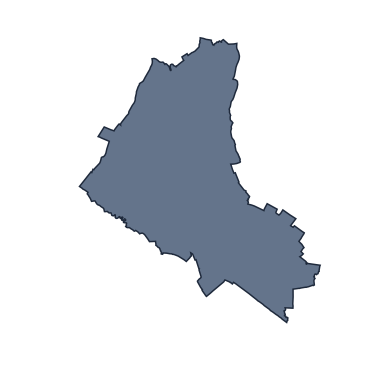 Arinis, Maramures, Romania, rotated 77°
{"feature_id": "2599482B66299087407195", "entity_name": "Arinis", "entity_type": "district", "adm_level": 2, "iso_a3": "ROU", "parent_name": "Romania", "parent_adm1": "Maramures", "projection": "mercator", "projection_center": [23.212, 47.499], "detail": "fine", "context": "isolated", "style": "filled", "palette": "slate", "viewbox_px": 384, "rotation_deg": 77, "n_neighbors": 0, "source": "geoboundaries", "source_scale": "gbopen_adm2", "svg_char_len": 5985}
<svg xmlns="http://www.w3.org/2000/svg" viewBox="0 0 384 384"><g transform="rotate(77 192 192)"><path d="M325.2,142.2L327.0,140.4L330.3,137.6L331.7,136.2L333.3,135.0L335.0,133.4L336.1,132.8L340.4,129.1L339.3,128.5L338.9,128.3L338.7,127.7L338.4,127.5L337.3,127.4L336.6,127.0L336.2,126.9L335.7,127.2L335.5,128.4L335.4,128.6L335.0,128.7L334.5,128.5L334.0,128.7L333.5,129.7L332.9,129.6L332.6,128.9L332.3,128.7L331.8,128.7L331.0,129.1L330.2,128.9L328.6,129.1L328.4,128.7L328.5,128.1L327.7,127.3L326.9,127.2L325.8,127.3L327.9,119.8L325.8,119.2L323.8,119.0L317.0,117.1L309.4,115.4L309.9,109.8L310.1,108.8L310.0,107.8L310.3,102.8L310.5,102.4L310.5,99.7L310.0,95.3L310.4,95.0L310.4,94.5L310.1,93.7L305.8,93.2L304.5,92.4L304.3,92.2L304.1,91.7L303.9,91.6L303.4,92.0L302.5,91.9L302.3,92.3L302.0,92.4L301.4,91.6L300.9,91.6L299.8,90.9L299.7,90.6L299.7,90.2L300.5,89.2L300.1,88.8L300.0,87.9L299.9,87.6L298.1,86.6L298.0,86.0L297.0,85.8L293.1,84.2L292.2,83.6L287.8,95.0L286.8,96.0L287.8,96.3L288.0,96.4L288.0,96.8L287.0,96.9L285.9,96.4L285.1,96.8L279.3,101.5L278.6,99.6L277.3,97.5L274.6,99.2L272.4,97.0L271.4,95.4L267.6,96.8L265.6,98.1L264.1,98.9L261.8,96.2L260.4,95.0L257.8,92.3L257.0,91.8L255.3,93.5L248.0,99.8L249.1,101.4L247.0,103.5L241.4,96.8L236.4,101.7L229.9,107.5L232.5,110.1L233.7,111.8L234.0,112.5L231.9,114.5L231.1,114.9L230.6,114.8L227.9,112.9L220.3,121.4L224.9,125.4L226.3,126.1L219.6,134.5L218.2,136.7L216.3,140.3L214.6,139.3L212.6,140.0L212.4,139.6L212.3,138.8L211.5,139.0L211.2,138.8L210.9,138.5L210.5,137.7L209.2,136.9L208.2,137.6L206.3,138.4L204.2,139.6L203.2,139.1L201.7,140.9L193.5,144.7L192.9,144.0L185.2,145.2L183.0,145.5L183.1,146.9L179.3,147.5L173.6,148.0L174.1,145.3L174.3,142.0L173.9,138.7L173.5,138.1L172.1,138.2L170.9,137.7L169.6,137.9L169.0,138.2L168.3,138.1L167.4,138.4L165.6,138.6L161.7,139.9L156.3,139.7L155.7,139.1L155.4,139.1L154.1,139.4L151.7,139.4L150.8,139.7L148.5,140.8L147.2,141.0L142.7,140.8L141.3,140.5L139.1,139.3L137.2,139.2L134.3,137.2L133.9,136.6L131.8,137.5L131.2,138.2L130.1,138.4L128.1,138.1L126.6,137.6L126.1,137.1L123.0,137.6L121.0,137.1L120.1,137.2L118.9,136.7L117.5,135.5L113.0,133.6L111.8,132.4L111.1,131.4L110.2,130.9L109.6,130.3L105.0,127.6L101.0,124.8L97.6,123.3L94.7,122.9L93.7,123.2L92.1,124.7L91.5,126.6L91.3,126.7L90.4,126.1L88.7,124.7L83.1,122.2L80.6,121.2L77.8,119.5L75.9,118.0L73.3,116.3L71.5,115.6L70.2,115.2L66.9,115.2L65.1,115.4L63.0,116.0L61.8,116.0L60.3,115.8L57.3,114.9L57.2,117.7L56.2,123.2L50.6,127.2L50.8,127.9L51.8,129.7L52.5,129.7L52.3,130.1L51.2,131.0L51.0,131.4L51.4,131.9L51.6,132.5L52.0,132.7L51.4,133.8L51.6,134.3L52.2,134.8L52.6,136.4L53.1,136.8L53.1,137.6L53.6,137.6L53.8,137.7L53.7,137.8L53.2,138.3L53.2,138.6L52.9,138.7L50.9,138.8L50.7,139.1L50.4,139.2L48.8,139.2L48.5,139.0L48.3,139.2L46.4,144.0L45.0,146.2L43.6,149.3L45.2,149.7L46.8,150.5L48.1,150.6L49.9,151.8L52.0,152.4L52.4,152.7L55.4,157.4L56.1,159.7L56.1,160.5L57.0,162.7L58.1,165.1L56.1,165.7L58.1,171.4L60.2,171.0L61.9,170.4L64.7,176.4L65.7,178.1L65.6,178.6L66.4,179.4L65.6,180.1L64.9,181.3L63.3,182.0L62.9,183.0L63.2,184.2L63.7,184.7L65.5,185.2L68.3,185.0L68.8,185.2L68.8,185.5L68.3,185.8L65.3,186.0L64.0,186.5L61.6,188.0L61.3,188.3L61.1,188.9L61.2,189.5L61.4,189.7L60.7,190.1L59.6,190.5L58.9,191.1L58.6,193.2L57.6,194.7L56.2,195.6L54.4,197.1L53.3,198.9L53.2,201.0L55.7,201.2L57.7,201.8L59.2,202.7L61.0,204.3L63.1,205.6L69.6,211.7L73.0,214.6L73.0,214.9L73.7,216.2L74.3,218.2L74.8,218.9L75.4,219.0L77.4,220.8L81.8,223.6L83.3,224.0L87.6,226.1L89.5,226.6L90.9,227.4L92.1,228.3L94.2,230.7L99.0,235.0L99.9,235.6L101.3,236.1L101.8,236.6L103.0,238.5L108.5,245.2L109.2,245.9L110.3,246.6L110.6,246.6L109.3,247.7L110.4,249.3L113.6,253.1L114.9,254.2L113.6,256.2L113.5,256.5L108.9,262.9L116.9,271.0L118.0,269.2L118.8,268.4L124.0,261.2L131.1,265.4L134.5,267.0L135.9,268.0L136.9,268.9L137.7,270.3L137.7,271.6L138.0,272.5L140.8,273.9L142.6,275.0L143.3,275.7L147.2,281.6L148.2,282.6L147.6,283.4L150.5,285.3L149.7,285.9L161.3,300.4L163.7,298.2L164.7,297.6L165.8,296.2L168.9,293.4L169.9,294.3L170.3,294.5L170.9,294.1L175.6,292.5L178.5,292.0L178.7,289.5L178.8,288.8L179.1,288.4L181.8,287.6L182.7,287.1L183.3,286.6L184.3,285.0L185.6,284.1L187.8,282.0L188.7,281.7L191.4,281.7L191.6,281.2L191.9,278.9L192.2,278.5L192.9,278.3L193.5,277.8L193.9,277.1L194.0,276.1L194.2,275.6L196.5,275.4L196.8,275.3L197.2,274.7L197.6,273.6L196.9,272.5L196.9,272.1L197.4,272.0L199.6,272.5L200.5,272.0L200.7,271.5L200.8,270.9L200.7,270.3L200.3,269.2L199.7,268.7L199.7,268.1L200.1,267.8L201.3,267.9L201.6,267.8L201.8,267.5L201.5,266.9L200.7,265.7L201.2,265.2L203.2,266.8L203.7,266.7L203.9,266.2L204.0,265.0L203.1,264.0L203.0,263.7L203.7,263.0L204.2,262.9L204.8,263.2L205.2,264.8L205.6,265.6L206.3,265.5L206.6,265.1L207.4,262.8L208.0,262.8L209.4,263.6L210.3,263.4L210.4,263.5L210.3,263.9L210.7,264.4L211.7,263.7L212.1,263.1L212.4,262.1L212.5,261.3L212.7,260.9L214.0,259.9L215.6,258.1L216.4,257.8L217.2,257.0L217.2,256.4L216.8,255.5L218.7,253.7L221.0,252.4L220.8,251.6L220.8,250.0L221.0,249.5L221.6,248.7L223.0,247.7L223.9,247.3L227.9,245.6L230.8,244.6L231.9,238.6L233.0,238.8L234.4,238.8L235.8,239.2L237.1,238.1L238.3,237.5L239.1,236.4L240.1,236.1L241.1,236.1L241.9,235.8L242.5,235.9L242.8,235.6L244.7,235.4L244.8,235.8L245.5,235.9L246.0,234.7L245.1,234.4L245.3,233.9L245.0,233.6L245.1,233.3L245.8,230.7L247.3,227.2L247.7,225.6L248.3,225.1L248.5,224.3L249.2,223.0L251.4,219.8L256.4,214.8L258.4,213.2L255.5,208.8L254.7,208.1L254.3,207.2L253.4,206.9L251.0,206.9L252.5,205.4L259.0,204.3L258.9,203.3L268.8,202.5L268.8,202.3L269.6,202.7L276.3,202.2L277.4,202.5L278.1,203.7L278.4,204.5L279.8,206.4L280.0,206.7L280.6,206.8L287.0,205.0L289.4,203.9L289.6,204.3L290.4,204.2L296.4,201.8L297.0,201.4L294.4,196.2L293.2,194.1L286.7,181.3L285.1,179.7L287.8,176.0L288.4,175.4L288.6,174.9L289.0,174.9L289.5,174.1L290.6,173.5L290.7,173.4L289.4,171.8L291.4,169.9L303.5,159.6L311.3,153.4L313.0,152.2L314.1,151.0L317.3,148.2L319.0,147.1L323.7,143.0L325.2,142.2Z" fill="#64748b" stroke="#1e293b" stroke-width="1.5"/></g></svg>